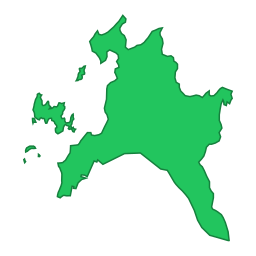 Kota Kinabalu, Sabah, Malaysia (Natural Earth projection)
{"feature_id": "92858781B89121228142422", "entity_name": "Kota Kinabalu", "entity_type": "district", "adm_level": 2, "iso_a3": "MYS", "parent_name": "Malaysia", "parent_adm1": "Sabah", "projection": "natural_earth1", "projection_center": [116.103, 6.0], "detail": "fine", "context": "isolated", "style": "filled", "palette": "green", "viewbox_px": 256, "rotation_deg": 0, "n_neighbors": 0, "source": "geoboundaries", "source_scale": "gbopen_adm2", "svg_char_len": 4850}
<svg xmlns="http://www.w3.org/2000/svg" viewBox="0 0 256 256"><path d="M75.9,188.6L78.1,182.9L79.6,181.4L81.7,179.5L85.9,178.2L80.9,176.6L81.4,174.9L84.5,175.1L87.2,176.6L94.1,161.0L96.8,162.0L97.7,159.9L102.9,164.3L124.5,153.6L140.4,153.0L160.7,169.0L167.3,170.3L169.2,173.4L172.1,178.4L174.4,182.3L176.0,184.4L179.0,187.7L182.4,190.9L185.8,194.8L188.6,198.4L194.3,210.3L197.6,220.1L201.8,227.5L209.8,235.3L228.4,240.6L229.1,240.5L228.1,231.7L226.5,226.4L225.3,222.5L223.2,217.7L221.4,214.7L218.0,212.1L215.7,210.6L212.6,209.1L211.6,207.0L212.3,203.4L213.4,197.8L213.4,193.6L211.1,190.9L209.5,187.7L209.5,181.7L206.7,176.3L204.3,170.7L202.3,166.8L200.0,164.7L198.7,162.1L201.5,159.1L203.8,156.1L205.4,151.6L206.4,147.2L209.2,144.2L211.6,144.2L215.4,143.0L219.1,140.9L220.6,136.8L219.1,132.6L221.9,128.1L221.1,124.6L219.3,120.4L219.3,114.7L220.1,109.4L221.1,104.0L222.9,99.9L223.7,101.7L224.0,104.6L226.3,105.5L227.1,101.9L229.6,103.7L230.9,100.2L232.2,98.4L230.9,94.2L232.2,91.2L226.8,89.2L222.4,87.4L220.3,88.6L218.5,90.6L217.0,92.7L213.9,95.7L210.8,96.0L209.2,94.8L209.2,90.9L205.9,93.3L204.3,95.4L202.3,97.5L199.2,95.7L196.1,95.1L192.7,96.0L189.9,96.6L185.2,95.7L182.4,92.7L180.8,91.2L179.3,87.4L179.3,84.1L176.2,82.3L174.9,77.8L175.4,71.9L177.5,68.6L177.5,64.2L175.9,62.4L173.9,61.2L173.4,57.6L171.0,55.8L167.4,56.4L162.3,54.3L161.5,49.3L163.0,43.3L162.3,38.9L160.2,35.3L159.9,32.6L162.3,27.9L158.9,28.5L155.3,30.2L152.2,31.4L148.1,37.7L146.0,40.1L144.2,42.4L140.8,44.8L137.0,45.4L134.6,47.2L128.2,49.6L125.4,47.2L126.1,39.8L124.3,35.6L121.5,33.5L119.9,30.2L119.9,27.9L122.3,24.0L125.4,22.2L125.9,18.9L122.8,15.4L120.5,18.9L118.9,21.3L116.6,23.7L113.7,27.0L110.4,29.9L108.1,32.0L105.0,33.8L101.6,35.0L99.0,34.4L97.5,30.8L95.2,33.8L93.6,36.8L91.5,39.2L89.7,41.5L90.8,44.8L91.8,48.4L92.3,51.1L95.9,53.1L99.3,57.6L100.8,60.9L100.8,63.3L105.5,60.3L107.0,56.7L106.8,52.0L109.6,49.9L115.8,52.8L118.1,54.9L118.6,58.5L116.6,61.5L118.6,65.0L118.9,67.4L115.3,68.9L114.8,72.5L115.5,73.7L117.4,78.4L114.8,80.8L110.6,82.6L107.5,85.6L106.8,88.9L106.5,99.3L104.4,108.2L105.2,112.1L107.0,114.7L108.3,119.2L106.8,122.5L104.4,127.2L101.6,133.2L99.0,134.7L94.6,135.6L91.5,135.0L90.8,132.6L87.4,132.6L83.5,137.4L80.7,140.9L79.4,143.3L78.1,144.8L76.1,145.1L70.6,145.7L70.4,149.9L70.1,152.8L68.3,155.5L65.5,160.3L64.0,161.4L62.7,162.6L60.6,162.9L57.9,163.1L58.6,166.4L59.8,167.9L60.7,170.4L61.6,172.5L61.9,174.4L61.7,180.8L61.9,182.7L61.2,185.4L60.2,187.9L59.3,190.2L58.3,192.3L57.6,194.9L57.4,196.6L60.2,197.8L60.6,197.4L63.1,195.5L64.4,195.4L66.4,195.8L70.3,195.7L72.1,186.2L73.8,186.6L73.5,188.3L75.9,188.6ZM42.1,104.4L42.0,102.2L42.0,100.8L41.0,98.9L40.4,97.5L41.0,96.0L41.7,95.0L40.9,94.8L40.2,94.5L39.4,93.3L38.3,93.6L37.3,94.4L37.3,96.1L36.6,97.7L35.6,99.4L35.0,101.6L34.3,104.1L34.0,106.1L33.5,108.1L33.0,109.9L33.9,111.6L34.4,113.0L34.6,114.7L34.7,116.4L35.1,117.3L36.8,118.6L38.1,119.5L39.5,119.8L40.1,118.3L41.3,117.7L42.4,118.6L43.8,118.4L44.4,118.9L44.9,121.1L45.7,123.2L46.8,123.2L47.5,121.4L48.2,119.8L48.9,118.8L50.3,118.3L51.5,118.3L51.8,120.5L53.5,121.0L54.4,122.0L54.9,123.6L55.3,123.9L56.7,125.8L56.8,127.6L55.5,128.2L55.4,130.0L55.7,132.0L56.6,132.9L57.9,133.8L60.1,132.6L62.9,130.9L63.5,127.1L64.7,125.0L65.8,124.7L66.8,125.5L68.3,125.9L69.4,126.6L68.3,128.6L69.2,129.4L70.5,129.0L71.8,129.3L72.8,131.5L74.0,132.0L74.7,130.3L75.6,129.2L74.0,128.8L73.6,128.4L73.2,127.3L72.2,128.2L71.3,127.3L70.9,125.4L71.9,123.9L72.0,122.5L72.5,120.6L73.8,119.0L73.1,116.9L73.3,115.5L73.1,114.1L72.0,115.0L71.4,116.2L70.8,117.7L70.6,119.7L70.2,121.4L69.4,122.5L66.4,122.9L65.8,122.8L64.8,121.0L64.8,119.0L64.3,118.1L63.0,118.6L62.0,118.6L60.9,116.1L61.8,115.0L62.6,113.8L62.7,111.9L63.3,110.9L64.1,109.8L64.8,108.3L64.7,106.5L63.5,105.5L64.0,104.3L64.3,102.8L63.0,103.2L61.6,103.6L60.2,103.0L59.0,102.8L58.3,104.4L57.6,106.0L56.7,106.9L54.1,106.5L53.3,107.3L52.1,108.3L50.5,108.6L49.3,108.8L50.0,107.8L50.9,107.2L50.1,106.2L49.3,105.8L48.7,104.1L48.7,102.6L48.4,101.4L47.7,101.4L46.2,103.7L45.4,104.7L44.1,105.4L42.9,105.5L42.1,104.4ZM84.8,68.2L85.3,66.0L83.9,66.3L83.1,67.2L82.0,68.1L81.0,68.5L80.0,68.2L79.4,68.6L79.5,69.8L80.1,71.1L79.5,72.4L78.7,73.1L78.2,74.7L78.1,76.3L77.4,78.0L77.0,79.2L77.0,79.4L76.2,80.7L78.0,80.5L78.8,79.7L80.9,79.4L82.0,78.6L82.3,76.9L81.7,75.2L82.9,74.7L84.5,74.1L84.7,72.9L84.1,71.4L84.1,69.6L84.8,68.2ZM33.4,146.1L32.0,146.2L31.1,146.1L29.6,146.2L26.7,147.9L26.1,149.0L25.6,150.5L25.7,152.0L27.4,151.2L28.9,149.8L30.7,148.7L31.8,148.4L33.8,148.5L35.5,148.3L34.7,146.8L33.4,146.1ZM35.1,120.5L34.5,119.0L33.8,118.4L32.5,118.4L32.5,119.2L32.6,120.5L32.7,122.0L33.0,123.2L33.4,122.1L34.9,122.3L35.9,122.2L35.1,120.5ZM25.6,161.6L24.9,160.5L24.5,159.0L23.8,159.6L24.3,161.5L24.7,162.7L25.6,161.6ZM40.0,155.9L39.2,154.8L38.5,154.3L38.5,155.4L38.4,156.5L39.5,156.6L40.0,155.9Z" fill="#22c55e" stroke="#15803d" stroke-width="1.5"/></svg>